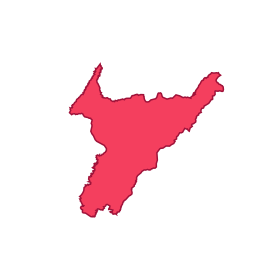 outline of Dan Sai, Loei, Thailand, rotated 213°
{"feature_id": "78962969B41697678812601", "entity_name": "Dan Sai", "entity_type": "district", "adm_level": 2, "iso_a3": "THA", "parent_name": "Thailand", "parent_adm1": "Loei", "projection": "robinson", "projection_center": [101.262, 17.217], "detail": "fine", "context": "isolated", "style": "filled", "palette": "rose", "viewbox_px": 256, "rotation_deg": 213, "n_neighbors": 0, "source": "geoboundaries", "source_scale": "gbopen_adm2", "svg_char_len": 5802}
<svg xmlns="http://www.w3.org/2000/svg" viewBox="0 0 256 256"><g transform="rotate(213 128 128)"><path d="M120.5,32.7L119.5,32.4L117.2,33.5L111.0,33.4L109.5,34.1L109.3,35.0L108.5,34.8L107.8,35.2L107.5,35.8L108.1,36.7L107.9,37.8L108.4,38.3L108.3,39.0L108.9,39.3L108.4,39.9L108.4,40.6L109.2,41.0L108.7,41.2L108.6,41.9L109.7,41.8L109.3,42.3L109.5,43.4L108.4,44.1L106.0,44.6L105.2,45.4L104.4,45.4L104.6,46.9L104.2,47.9L105.6,48.7L104.6,49.6L104.3,50.5L104.5,51.9L103.8,52.6L100.8,52.8L100.2,51.9L100.1,49.7L99.8,49.2L98.7,50.1L96.0,50.9L95.7,48.7L97.0,48.7L97.4,47.9L96.2,47.8L94.7,48.3L93.6,47.6L91.8,49.2L90.9,49.2L91.2,49.4L90.8,50.7L91.2,51.4L89.6,53.1L90.0,54.5L89.7,54.8L90.0,55.3L89.9,55.7L91.0,58.0L90.7,58.2L91.2,59.4L91.1,60.8L91.8,63.0L91.5,63.7L91.8,64.0L91.5,65.7L91.0,66.2L90.2,71.4L89.3,73.0L88.8,74.8L89.4,76.0L91.6,78.2L91.5,78.8L92.2,79.4L91.1,82.7L91.8,83.5L91.4,85.1L92.0,86.4L91.8,87.0L92.3,87.4L92.0,87.8L92.8,88.2L92.5,89.1L93.9,91.3L94.0,93.3L92.7,97.5L92.7,99.2L91.6,101.6L90.2,102.4L89.0,103.9L87.3,104.3L86.9,105.0L86.3,105.2L86.1,106.6L85.4,107.1L85.0,108.1L83.4,109.1L83.0,110.8L84.9,113.6L85.9,117.1L90.3,123.0L90.0,127.7L89.7,128.6L87.7,130.2L86.3,133.6L83.2,135.5L82.5,137.7L81.2,139.9L81.3,142.4L82.3,142.4L82.6,142.8L81.3,145.2L82.5,147.2L81.9,148.7L82.1,152.1L80.8,152.9L79.9,154.2L80.2,158.6L78.2,159.0L77.7,159.5L75.9,158.7L74.9,158.7L75.9,161.8L75.0,164.4L76.3,165.0L76.4,166.1L75.4,167.3L74.5,169.9L75.1,171.1L76.2,172.1L76.2,173.9L76.7,174.4L76.8,175.2L76.6,176.5L75.9,177.3L76.5,178.8L75.1,181.0L75.6,181.2L76.7,183.0L76.8,184.7L75.9,185.4L75.6,186.1L76.1,188.3L75.6,188.7L73.7,192.7L73.6,197.4L72.9,197.7L72.7,198.3L74.5,200.8L73.4,202.0L73.2,203.5L74.9,206.0L75.0,206.6L72.5,207.9L71.4,209.2L69.0,209.9L68.4,210.6L68.9,212.2L70.6,214.3L72.0,214.8L72.6,214.5L74.0,214.8L75.5,214.3L77.1,214.9L77.8,214.6L79.9,215.6L80.4,216.9L80.2,220.0L79.1,222.7L81.0,222.8L82.3,223.6L82.7,222.9L83.6,222.7L85.9,220.8L88.0,219.9L88.2,218.0L88.8,217.2L89.1,215.9L89.1,214.9L88.7,214.5L88.7,213.9L89.7,213.0L89.6,212.3L90.8,212.2L91.3,210.8L90.9,209.5L91.2,209.3L91.1,208.7L91.8,208.0L91.9,206.8L91.6,204.9L91.8,202.2L91.3,200.5L91.6,196.2L91.1,195.3L91.6,193.9L91.0,194.2L91.1,193.3L90.6,193.2L90.8,192.9L91.7,192.9L91.4,192.4L90.8,192.7L90.6,192.2L90.2,192.4L90.7,191.0L91.6,191.2L91.3,190.5L92.2,187.6L91.7,187.2L95.0,186.2L95.4,185.4L97.0,185.0L98.3,183.5L102.2,183.1L105.8,181.9L106.9,177.2L108.4,176.5L111.0,173.5L115.5,172.7L116.4,173.0L118.9,175.1L120.0,175.1L120.4,174.5L121.5,173.9L121.6,173.2L120.6,169.5L120.7,167.7L124.1,164.0L124.7,161.6L125.6,160.6L127.1,159.8L128.8,160.3L129.9,161.1L131.1,162.2L131.4,162.9L131.9,163.0L133.1,164.4L135.5,163.0L137.1,161.0L138.0,161.4L138.9,161.1L139.3,160.4L140.1,159.9L140.3,159.1L142.2,157.3L142.1,154.7L142.3,154.2L145.5,152.0L146.4,150.9L146.4,149.8L148.4,149.3L148.6,148.6L149.3,148.3L150.1,147.1L151.6,146.1L151.7,144.9L153.7,144.2L153.6,142.9L154.6,142.8L155.0,142.0L157.3,141.8L158.7,142.7L159.9,142.0L161.9,142.1L163.3,140.7L165.0,140.2L165.3,139.8L166.5,139.9L166.1,140.4L166.4,140.9L167.2,141.4L169.3,141.3L169.6,143.2L170.4,142.9L171.1,143.4L171.5,144.0L172.3,144.3L173.2,145.6L173.3,146.2L177.5,148.9L178.6,149.2L180.3,151.0L180.0,152.1L180.4,152.4L180.3,154.0L181.4,155.4L181.2,156.0L180.1,156.1L180.2,156.6L180.5,157.3L182.1,158.8L182.1,159.2L181.2,159.7L181.8,161.1L182.7,161.5L182.3,162.1L182.8,162.6L181.9,163.6L182.5,164.4L184.2,164.8L184.4,165.4L185.3,165.5L186.2,166.5L186.6,161.0L187.0,160.4L187.6,160.2L186.7,159.5L186.8,158.2L186.1,157.8L187.1,156.9L186.0,156.6L186.4,155.2L185.1,154.8L185.8,153.2L185.4,152.3L185.8,151.2L185.7,150.7L185.1,150.5L185.6,148.8L185.2,148.3L186.0,146.1L185.1,144.9L185.6,144.4L185.2,143.6L185.6,143.4L185.1,142.9L185.3,142.2L184.8,141.3L185.5,140.6L185.6,139.4L184.9,139.1L185.0,138.8L185.4,138.8L185.4,138.4L184.6,137.3L185.1,136.5L184.7,136.3L185.0,135.2L184.5,134.8L184.4,134.1L184.9,133.4L184.2,133.2L184.4,132.7L184.0,131.7L184.7,131.5L185.4,129.7L185.4,127.6L185.9,126.7L185.7,126.2L186.5,124.2L186.4,122.9L185.8,122.1L186.6,120.4L186.5,117.9L187.2,117.4L186.9,117.0L187.2,116.0L185.8,115.2L185.7,114.7L186.4,114.4L186.9,113.4L187.4,113.3L186.8,112.9L186.8,112.2L185.7,111.7L185.4,109.0L182.5,108.5L182.0,109.7L180.6,110.9L179.2,110.8L178.7,111.6L177.9,111.9L177.0,113.4L175.9,113.8L174.7,115.1L173.4,115.1L172.0,114.2L170.4,113.8L167.1,115.0L166.0,115.0L164.6,115.8L164.1,115.4L162.7,115.3L162.2,114.6L161.3,111.8L160.0,111.0L159.2,109.9L157.4,105.0L155.1,103.5L152.8,102.7L149.1,100.3L147.0,99.8L138.4,100.5L134.9,99.0L133.7,97.0L134.0,96.4L133.8,95.3L134.5,94.0L134.6,92.4L135.4,91.8L135.3,90.7L135.7,90.1L136.7,89.9L136.5,89.6L136.8,89.3L137.1,89.7L137.1,89.0L137.6,89.3L138.3,88.7L139.0,88.7L139.5,87.3L138.6,86.6L138.6,85.9L138.1,86.0L137.6,85.6L137.4,84.8L136.4,85.0L136.5,84.6L136.0,84.7L135.5,83.9L135.6,83.1L134.7,82.8L134.3,82.3L134.7,81.7L134.4,81.4L134.5,80.7L135.5,81.6L135.7,80.7L136.5,80.5L136.7,80.0L136.4,80.0L136.9,79.6L135.9,78.6L135.5,78.8L135.6,78.4L135.2,78.6L135.0,77.7L135.7,76.4L135.5,75.9L135.7,75.7L135.9,76.2L136.2,75.4L134.4,75.4L134.0,76.0L133.2,75.2L133.2,74.7L132.9,74.4L132.7,74.7L132.8,74.0L133.4,73.5L134.3,72.9L134.7,73.1L133.9,72.6L133.0,72.5L133.0,72.0L132.5,71.6L132.7,70.0L133.2,70.4L134.1,70.0L134.1,69.6L133.5,69.6L133.4,67.9L132.8,68.0L132.3,67.5L133.1,66.3L134.7,65.7L133.9,65.6L133.2,63.7L131.4,62.8L131.2,62.4L131.8,61.5L129.8,62.1L129.3,61.8L128.8,60.4L129.6,60.0L130.0,58.6L131.0,58.9L131.3,57.6L132.5,57.3L132.8,56.9L131.7,56.3L132.4,54.1L131.0,51.5L130.6,49.4L130.6,46.6L131.2,44.2L130.4,44.2L129.1,43.4L129.1,42.7L129.8,42.2L128.4,41.4L128.2,40.8L127.6,40.8L123.7,38.4L122.8,38.8L122.8,38.1L124.5,36.9L124.5,35.7L124.2,35.1L122.7,34.4L121.5,34.6L120.5,32.7Z" fill="#f43f5e" stroke="#9f1239" stroke-width="1.5"/></g></svg>